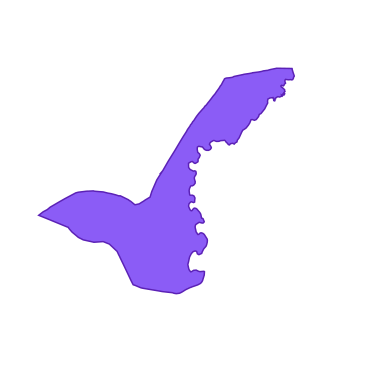 outline of Upper Saloum, Central River, Gambia, rotated 332°
{"feature_id": "56634734B57962636272806", "entity_name": "Upper Saloum", "entity_type": "district", "adm_level": 2, "iso_a3": "GMB", "parent_name": "Gambia", "parent_adm1": "Central River", "projection": "robinson", "projection_center": [-15.147, 13.733], "detail": "fine", "context": "isolated", "style": "filled", "palette": "violet", "viewbox_px": 384, "rotation_deg": 332, "n_neighbors": 0, "source": "geoboundaries", "source_scale": "gbopen_adm2", "svg_char_len": 5101}
<svg xmlns="http://www.w3.org/2000/svg" viewBox="0 0 384 384"><g transform="rotate(332 192 192)"><path d="M96.5,246.2L96.7,246.5L97.9,247.7L101.4,252.0L102.1,252.8L103.9,254.3L116.8,264.2L118.9,265.9L119.1,266.0L119.5,266.3L124.9,270.0L127.4,271.7L128.6,273.0L130.4,274.4L133.4,275.5L134.5,275.6L136.5,275.6L140.6,275.3L145.7,275.5L146.2,275.7L147.0,275.7L153.4,276.7L156.4,276.7L157.9,276.3L159.6,275.3L160.5,274.4L162.2,272.7L163.8,271.1L165.6,268.2L165.3,267.6L161.6,266.0L160.6,265.1L159.0,262.9L156.6,261.9L154.7,262.1L153.5,262.0L153.0,260.3L153.0,258.7L153.6,256.4L154.3,254.0L156.1,252.1L157.0,251.0L159.3,248.3L162.3,246.2L164.0,245.5L165.1,245.2L166.5,245.4L167.2,245.6L168.2,246.7L167.7,249.1L168.7,250.6L169.3,250.6L171.7,250.8L173.0,249.6L175.7,247.7L178.9,246.5L180.1,245.5L181.8,243.6L182.9,241.9L183.3,240.7L182.9,235.2L182.2,233.6L181.4,232.7L181.0,232.4L180.6,232.2L180.0,232.1L179.1,232.2L178.4,232.5L177.7,232.5L177.2,232.2L177.1,231.6L177.1,230.1L176.9,229.1L177.4,227.6L178.1,224.9L178.4,224.2L179.5,222.9L180.1,222.5L184.1,222.1L185.5,223.4L186.4,224.2L187.4,224.6L188.4,224.3L188.9,223.9L189.2,220.7L188.8,220.0L188.2,219.6L188.2,219.1L188.7,217.9L189.3,215.7L189.3,214.6L189.2,213.4L188.4,209.9L188.3,209.3L187.9,208.6L187.7,208.2L187.0,207.7L186.5,207.3L186.0,207.3L185.4,207.4L183.3,208.4L182.5,208.2L182.0,207.1L182.0,206.0L182.1,204.6L182.3,202.9L183.7,201.1L185.7,200.3L186.8,200.3L188.5,202.1L189.6,202.1L190.0,201.4L190.5,200.6L191.8,198.7L191.9,196.5L191.2,195.4L190.8,195.0L188.8,193.9L188.7,193.2L189.6,190.7L190.2,189.3L191.5,187.7L193.5,186.2L194.3,186.2L195.2,186.7L196.7,186.7L198.8,185.8L199.7,184.4L199.8,183.6L199.9,183.3L200.3,181.4L200.9,180.3L201.5,179.7L203.6,178.5L204.3,177.8L205.0,176.1L205.0,175.3L204.0,174.4L203.0,174.2L200.9,171.2L200.6,169.2L200.6,168.8L200.6,168.6L202.4,165.0L203.5,164.9L205.4,164.8L206.7,165.3L207.4,167.3L208.1,168.2L208.9,168.3L211.4,168.1L212.0,167.4L212.7,165.9L213.5,165.5L214.7,164.9L216.5,163.3L216.5,162.9L216.5,161.7L215.7,159.7L216.5,157.1L217.3,155.6L218.0,154.8L219.4,154.8L222.4,157.2L222.9,160.0L223.6,161.2L224.4,162.0L226.3,163.0L228.2,163.0L229.8,162.1L230.0,161.1L230.0,159.4L229.8,158.0L230.8,157.2L232.2,156.7L235.0,156.6L235.8,157.0L237.2,158.7L237.7,159.0L238.5,159.4L239.6,159.9L241.4,160.1L243.2,160.9L243.9,161.2L244.9,161.5L245.3,162.0L245.6,164.2L246.2,165.8L246.3,167.0L246.8,167.7L246.9,167.8L247.1,168.0L247.4,168.0L248.0,167.7L248.7,167.4L251.0,168.2L251.7,169.5L253.5,168.9L255.2,168.9L256.4,167.5L258.7,166.5L259.0,166.3L264.1,162.4L265.8,161.3L266.9,161.2L268.4,161.1L270.2,160.8L270.5,160.6L272.8,159.6L273.1,159.5L275.5,158.1L277.8,156.1L278.1,155.9L279.2,156.3L280.8,158.0L282.7,158.2L283.0,158.1L286.1,156.7L287.0,155.9L287.8,155.1L289.8,155.1L292.8,153.8L295.3,152.7L298.5,150.4L299.7,149.6L300.6,149.0L301.3,147.3L302.6,145.6L305.0,145.6L307.9,146.7L307.5,147.8L307.8,148.5L307.1,149.6L307.6,150.3L308.1,150.3L308.7,149.0L309.3,149.0L309.4,148.3L310.7,148.3L311.4,148.1L312.5,148.1L313.8,149.1L314.0,149.3L316.1,149.5L316.4,148.7L316.7,149.7L317.5,149.4L317.5,148.8L318.6,149.3L318.6,148.8L318.6,148.5L319.5,149.1L320.0,148.8L320.0,148.5L319.0,147.9L320.2,147.2L321.3,146.9L321.5,145.5L321.8,145.1L320.9,142.5L320.4,141.6L320.2,141.2L320.1,140.7L320.4,140.0L321.4,139.9L321.8,140.5L322.5,141.2L323.3,141.0L324.1,140.2L325.1,140.0L325.7,139.8L325.8,138.4L326.6,136.9L327.5,136.5L328.8,137.5L330.0,138.3L331.7,139.0L332.8,139.9L333.7,140.0L334.8,139.3L335.7,138.3L336.4,137.9L336.6,137.8L336.8,137.4L337.4,133.7L338.2,130.0L338.3,130.0L338.3,129.9L324.9,122.5L318.8,120.7L317.5,120.4L315.8,120.1L314.7,119.6L314.4,119.5L311.7,118.5L310.4,118.3L307.7,117.5L305.8,116.8L301.4,115.1L300.9,115.1L298.3,114.3L293.0,112.4L292.7,112.4L283.3,109.7L281.5,109.7L280.1,109.2L278.7,108.7L277.2,108.1L276.4,107.7L275.2,107.4L274.3,107.3L273.7,107.4L273.1,107.9L271.0,109.2L268.3,111.1L267.0,111.6L264.5,113.1L260.4,115.1L258.6,116.1L255.3,117.4L254.1,118.0L249.5,120.1L248.0,120.7L247.4,121.0L245.2,122.0L243.6,122.3L241.9,123.3L240.2,123.8L239.2,124.2L234.9,125.8L231.4,127.4L229.2,128.6L227.1,129.8L225.6,130.3L223.9,131.4L222.1,132.1L221.2,132.8L220.0,133.4L217.4,134.7L215.5,136.0L213.2,137.3L210.5,138.8L205.1,142.0L196.4,147.3L185.7,153.5L176.1,159.5L173.6,160.5L174.0,160.6L170.1,162.8L167.0,164.6L166.6,164.8L158.1,171.6L157.2,172.3L156.5,172.9L152.7,176.7L152.6,176.8L146.8,177.1L145.3,177.3L144.7,177.4L143.5,177.4L139.8,177.7L135.7,176.5L135.4,176.0L133.4,171.2L133.0,170.6L132.6,170.0L132.3,169.1L128.4,163.7L126.9,161.7L125.5,161.0L123.4,158.8L122.0,157.5L119.7,155.4L117.1,153.4L113.7,150.3L107.3,146.2L106.0,145.3L105.4,144.7L100.9,142.6L99.5,141.9L99.3,141.8L91.5,138.8L89.0,138.2L76.8,138.2L69.8,138.4L59.7,138.8L55.9,139.6L51.3,139.6L45.7,140.6L50.9,146.8L65.4,164.3L66.1,165.0L66.3,166.8L66.6,168.2L67.3,171.2L69.2,175.8L70.3,178.6L71.3,180.1L72.1,181.2L73.5,183.2L77.0,186.2L78.9,187.8L81.8,190.3L90.3,194.1L92.8,197.1L94.6,199.2L98.0,209.3L97.8,213.0L97.8,214.8L97.7,216.1L97.4,224.1L97.0,233.2L96.6,241.5L96.5,246.2Z" fill="#8b5cf6" stroke="#5b21b6" stroke-width="1.5"/></g></svg>